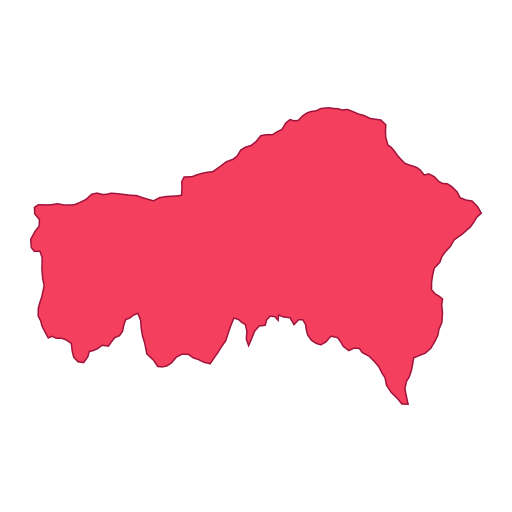 the district of Santa Rita do Sapucaí, Minas Gerais, Brazil
{"feature_id": "56859067B96390567853890", "entity_name": "Santa Rita do Sapucaí", "entity_type": "district", "adm_level": 2, "iso_a3": "BRA", "parent_name": "Brazil", "parent_adm1": "Minas Gerais", "projection": "equal_earth", "projection_center": [-45.688, -22.24], "detail": "fine", "context": "isolated", "style": "filled", "palette": "rose", "viewbox_px": 512, "rotation_deg": 0, "n_neighbors": 0, "source": "geoboundaries", "source_scale": "gbopen_adm2", "svg_char_len": 3036}
<svg xmlns="http://www.w3.org/2000/svg" viewBox="0 0 512 512"><path d="M294.0,324.6L298.6,319.7L302.9,319.8L305.6,324.6L306.3,329.8L307.7,335.1L311.6,340.5L316.2,343.4L320.8,344.8L325.7,342.1L330.9,336.2L337.5,337.6L340.5,341.6L343.4,346.5L348.9,350.6L354.0,348.1L359.3,348.4L362.3,352.6L369.0,356.1L374.9,362.0L378.9,366.9L382.1,373.3L385.0,377.6L386.5,385.2L391.2,392.4L397.7,398.8L401.9,404.0L408.1,404.2L406.4,396.3L404.9,388.6L406.5,381.3L409.3,376.8L411.4,370.5L412.7,364.0L413.6,358.0L419.3,355.5L425.2,353.2L430.7,348.4L434.9,341.3L437.9,335.1L438.9,329.4L441.9,322.3L442.5,312.7L441.7,304.8L442.6,299.1L439.1,296.2L435.3,294.0L431.5,289.7L431.6,282.1L432.6,275.3L434.2,268.2L439.8,262.3L441.9,256.6L445.3,251.8L450.4,246.4L453.9,240.2L457.4,237.4L462.2,234.2L466.5,230.3L470.2,227.2L473.5,222.6L476.8,217.2L481.3,213.2L477.7,206.8L472.1,201.0L466.2,200.1L460.1,197.7L457.2,192.0L451.9,186.7L447.4,183.8L442.8,183.5L438.8,181.5L434.3,176.7L428.8,173.9L424.2,175.0L420.6,170.4L417.2,167.7L413.0,166.1L408.6,164.8L404.6,163.1L400.7,159.1L397.4,155.4L394.6,151.4L391.4,147.5L387.8,144.9L385.7,137.0L385.5,130.8L385.8,124.8L380.9,120.0L370.5,118.6L363.7,115.4L358.3,114.0L353.4,111.8L347.5,109.5L342.0,110.0L338.0,108.7L334.0,108.6L329.5,107.8L324.6,108.1L320.5,108.6L316.6,110.7L311.1,111.5L307.1,112.9L302.7,115.8L298.2,120.5L294.0,120.8L290.0,119.6L285.7,123.1L282.0,129.4L276.9,131.9L272.5,134.7L266.8,134.7L260.9,135.6L256.0,141.6L251.3,145.3L245.5,147.2L240.8,150.0L237.4,155.7L233.2,159.2L226.4,161.7L221.3,165.6L217.0,168.7L212.8,171.7L207.8,172.2L202.1,173.3L196.4,175.0L192.1,176.7L184.1,177.0L181.8,181.5L182.0,187.4L181.6,195.2L177.2,195.9L172.1,196.2L166.7,196.5L159.6,197.6L153.6,200.8L148.2,199.4L142.4,197.6L136.6,195.6L130.2,195.2L124.1,194.5L117.6,193.7L111.2,193.2L106.8,194.3L102.6,194.5L96.8,193.1L91.6,194.3L86.0,199.4L79.5,202.7L74.2,204.7L70.2,205.0L63.9,205.0L57.5,203.7L52.0,204.7L46.9,205.0L42.9,204.8L38.3,204.8L34.5,207.3L34.7,213.8L39.4,219.5L39.2,226.0L35.2,231.1L30.7,239.3L31.3,247.5L34.3,251.3L40.0,251.3L42.1,257.5L42.1,263.1L41.9,269.1L42.6,278.1L44.1,285.8L43.0,291.1L41.9,296.5L40.0,302.0L38.3,308.3L38.2,316.1L40.6,320.6L42.1,326.2L45.2,332.3L48.3,337.9L52.1,336.3L56.1,338.2L61.8,338.3L66.1,339.9L71.3,343.4L72.2,351.2L73.7,357.2L78.0,361.8L83.6,362.6L87.8,356.9L89.3,351.5L93.2,350.6L97.5,348.7L102.1,345.3L108.5,346.1L111.8,341.4L114.8,337.6L119.5,335.7L122.6,331.1L123.7,325.5L125.6,319.7L129.6,318.1L133.2,315.3L137.9,313.3L140.7,320.6L141.2,328.2L142.6,336.3L144.8,343.4L146.8,353.8L153.7,360.4L157.7,366.5L162.2,366.9L166.8,366.0L171.6,362.8L176.3,357.2L182.1,354.1L188.2,354.3L193.2,357.8L198.3,359.5L203.8,362.2L210.1,363.8L214.2,357.8L218.0,352.3L221.5,346.7L225.7,340.8L228.3,332.9L230.6,326.2L233.8,318.1L238.5,319.5L241.8,322.4L245.4,324.6L246.9,331.4L246.3,339.1L248.6,345.6L251.7,338.5L254.5,331.4L259.1,326.0L265.2,325.3L266.7,319.7L270.3,316.1L274.9,316.6L278.1,320.3L278.6,315.0L283.7,317.0L290.0,317.7L294.0,324.6Z" fill="#f43f5e" stroke="#9f1239" stroke-width="1.5"/></svg>